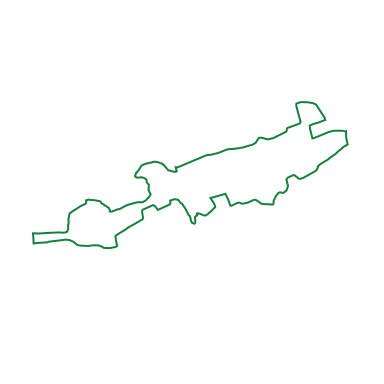 Guazacapán, Santa Rosa, Guatemala, rotated 65°
{"feature_id": "79465075B7979151806096", "entity_name": "Guazacapán", "entity_type": "district", "adm_level": 2, "iso_a3": "GTM", "parent_name": "Guatemala", "parent_adm1": "Santa Rosa", "projection": "natural_earth1", "projection_center": [-90.43, 14.006], "detail": "fine", "context": "isolated", "style": "outline", "palette": "green", "viewbox_px": 384, "rotation_deg": 65, "n_neighbors": 0, "source": "geoboundaries", "source_scale": "gbopen_adm2", "svg_char_len": 3123}
<svg xmlns="http://www.w3.org/2000/svg" viewBox="0 0 384 384"><g transform="rotate(65 192 192)"><path d="M214.7,30.9L207.9,29.3L202.0,26.7L201.8,27.7L200.1,29.6L196.7,37.0L196.4,37.7L195.4,43.0L194.7,58.2L194.3,60.2L184.4,58.3L181.6,57.2L181.6,53.2L182.4,48.8L183.0,40.8L180.7,40.4L165.1,42.6L162.3,45.1L161.8,45.9L161.2,46.9L159.9,48.6L156.5,55.4L156.0,60.1L158.1,61.1L174.5,64.0L175.3,65.0L175.3,67.9L174.3,78.5L174.7,79.1L175.3,79.6L176.2,80.2L177.1,80.9L177.5,95.3L176.6,100.1L175.9,101.7L173.3,104.7L172.3,105.9L171.9,106.6L171.6,107.2L171.4,107.9L171.3,108.7L173.9,112.9L174.5,113.7L174.6,117.5L173.0,127.8L170.6,135.9L168.8,140.2L168.2,142.9L167.7,151.9L166.1,159.6L164.8,163.1L163.7,192.1L163.4,195.2L162.7,196.3L166.8,197.1L166.7,198.2L166.3,199.3L165.8,200.0L162.3,204.3L155.6,206.1L155.0,206.7L154.2,206.6L151.0,209.9L148.7,213.0L147.3,220.4L146.9,220.9L146.6,226.4L147.3,227.6L149.9,231.3L150.2,232.6L151.1,233.7L151.2,234.8L153.6,236.9L155.3,236.3L156.3,234.7L157.3,231.4L160.2,228.5L161.7,228.1L164.0,228.9L167.3,228.1L168.6,228.7L171.9,230.6L176.7,230.5L179.0,234.0L179.0,235.1L180.1,237.4L180.4,241.2L178.2,245.8L176.5,255.5L176.5,259.4L176.9,264.1L176.7,265.8L176.3,266.4L175.9,272.9L174.9,274.8L173.6,274.1L171.5,274.1L169.3,275.4L168.2,275.8L167.2,277.0L166.0,277.2L164.1,278.9L162.9,278.7L161.5,279.3L157.9,284.3L156.5,287.1L155.3,288.6L154.8,291.5L157.1,292.5L157.7,293.6L157.7,298.4L159.1,309.0L159.6,311.7L160.6,312.7L164.0,315.2L168.7,317.3L169.7,318.5L172.5,319.4L175.2,321.9L175.2,323.7L174.1,326.8L172.6,329.2L167.8,340.8L165.1,347.9L163.2,351.6L162.2,353.6L162.7,353.8L164.3,354.3L167.5,355.5L170.3,356.7L171.7,357.3L172.8,353.8L176.5,344.3L176.5,342.9L181.7,326.9L183.6,323.5L186.8,320.7L191.7,318.2L193.7,315.3L197.0,308.9L198.7,303.8L200.7,299.5L203.9,296.4L205.3,295.7L207.7,291.1L208.1,290.0L209.5,284.8L209.5,283.3L209.0,282.6L208.4,282.5L207.8,282.4L199.8,280.2L199.3,279.4L198.8,276.3L197.8,267.0L197.4,266.5L195.9,248.3L194.6,247.3L188.5,245.5L187.2,244.3L187.4,232.9L189.1,231.5L193.8,230.5L193.9,217.4L192.9,216.2L190.5,215.4L191.1,211.0L192.3,209.0L193.7,207.7L197.5,206.8L198.4,206.0L204.7,205.0L211.1,204.8L213.4,204.1L217.9,205.1L220.2,204.9L221.8,203.1L221.3,202.2L220.8,201.8L220.3,201.5L216.3,200.1L215.9,199.6L215.6,199.0L215.4,198.0L215.4,197.2L213.5,196.7L213.7,195.8L215.1,194.1L218.6,190.7L219.0,189.6L218.8,186.8L218.3,186.0L217.4,182.1L217.0,181.7L215.5,177.3L212.0,176.8L205.3,177.9L207.8,162.5L214.3,162.4L220.2,163.0L220.9,162.7L221.1,162.0L221.1,155.5L221.4,154.0L221.8,153.4L222.4,152.9L223.4,152.2L224.2,150.3L225.2,146.4L225.2,144.0L225.3,138.7L226.2,137.4L230.3,134.9L231.4,134.6L233.4,132.0L235.3,128.1L236.7,125.5L237.3,125.0L237.4,123.3L236.1,122.6L234.7,121.9L230.9,117.4L230.3,115.6L229.5,114.6L229.4,112.5L231.4,109.7L230.6,105.8L230.1,105.2L227.1,102.4L220.6,101.2L219.5,99.2L219.5,93.3L220.0,92.1L225.1,89.5L225.5,89.0L225.8,88.3L226.2,85.3L225.3,72.2L224.8,69.9L223.0,67.5L222.2,67.4L221.1,64.6L220.2,56.9L219.9,53.9L219.5,53.6L218.1,45.6L217.0,42.5L216.7,41.2L216.2,38.5L215.2,36.4L214.7,30.9Z" fill="none" stroke="#15803d" stroke-width="2"/></g></svg>